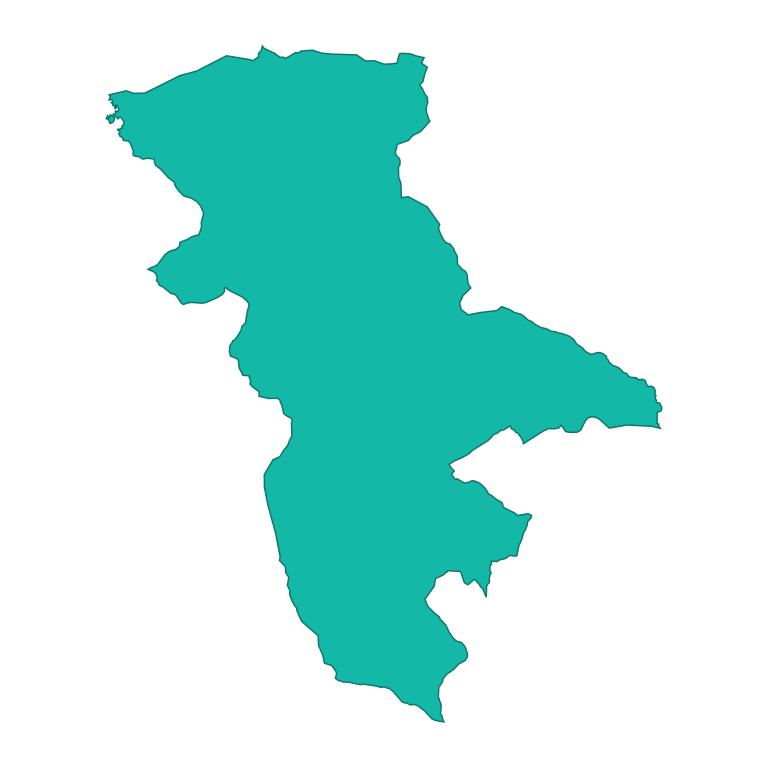 Awutu Senya, Central, Ghana
{"feature_id": "2480657B19246099956301", "entity_name": "Awutu Senya", "entity_type": "district", "adm_level": 2, "iso_a3": "GHA", "parent_name": "Ghana", "parent_adm1": "Central", "projection": "orthographic", "projection_center": [-0.532, 5.62], "detail": "fine", "context": "isolated", "style": "filled", "palette": "teal", "viewbox_px": 768, "rotation_deg": 0, "n_neighbors": 0, "source": "geoboundaries", "source_scale": "gbopen_adm2", "svg_char_len": 6082}
<svg xmlns="http://www.w3.org/2000/svg" viewBox="0 0 768 768"><path d="M424.1,57.7L415.6,55.8L410.2,53.8L401.7,53.3L399.6,53.9L398.2,57.9L397.2,62.9L393.0,63.8L383.9,64.2L374.5,60.8L365.6,61.0L356.7,54.9L331.6,54.1L321.2,53.1L312.5,50.2L300.8,51.1L299.2,52.7L295.6,52.6L286.0,58.3L282.5,57.1L280.9,57.6L276.5,55.0L275.4,53.7L264.3,48.5L262.4,46.1L261.1,50.6L258.4,53.7L258.7,56.7L253.1,60.7L249.5,59.6L226.5,55.8L196.6,71.1L180.2,75.5L144.9,93.1L133.6,93.4L126.4,90.8L109.1,94.9L110.4,96.5L109.1,100.0L112.1,99.4L112.4,102.1L111.4,102.8L112.8,103.2L112.9,105.5L114.8,106.3L114.9,108.4L115.5,108.6L116.3,107.7L115.8,105.0L116.7,105.2L118.6,108.2L118.8,109.5L117.7,112.0L115.8,110.9L115.4,111.2L115.4,113.7L114.7,114.2L113.3,114.0L113.1,116.6L110.9,114.9L109.9,115.5L109.6,117.3L109.0,117.7L107.8,115.6L106.2,118.6L108.5,119.6L109.9,123.3L110.8,123.3L111.2,122.7L112.9,122.4L114.4,119.7L114.4,117.9L115.8,116.3L117.0,116.7L117.5,118.7L118.1,118.7L119.7,117.3L121.4,117.5L122.5,119.9L124.0,121.2L123.7,124.6L122.0,126.0L122.3,128.2L120.5,128.4L119.7,129.5L117.8,129.2L117.5,129.9L119.8,131.4L119.9,132.7L118.8,133.6L120.0,136.3L122.5,137.4L123.4,140.4L128.4,141.0L130.3,143.1L133.3,150.7L133.2,155.2L135.5,156.3L138.9,156.6L142.3,158.9L143.9,159.0L146.6,158.2L154.2,159.0L154.5,162.3L155.7,165.4L160.4,168.9L168.5,177.8L174.2,182.0L174.9,184.9L176.4,187.8L179.2,191.4L184.0,196.1L191.3,198.1L197.1,201.8L200.5,205.9L203.7,213.3L201.2,222.8L201.6,226.8L199.0,234.7L191.9,236.7L188.1,239.2L179.9,242.3L179.6,245.6L178.7,247.2L175.1,249.8L170.9,250.7L168.0,252.3L164.9,254.8L158.0,264.0L155.8,265.9L151.6,267.3L148.1,269.4L152.8,271.3L155.5,273.1L157.3,277.4L156.5,280.9L158.3,282.3L159.2,285.2L162.9,286.9L170.9,293.4L175.0,294.4L177.4,297.1L181.4,303.3L183.4,304.4L187.5,303.0L191.4,302.4L202.5,303.2L206.5,302.3L218.2,297.1L222.4,294.3L224.4,291.5L224.7,287.8L226.1,287.5L227.2,289.1L230.7,291.2L242.4,297.0L246.9,301.0L248.9,303.7L248.9,306.2L247.3,311.4L245.5,323.0L241.9,326.4L241.0,330.6L236.5,337.7L234.0,340.5L232.8,340.7L232.1,342.6L230.0,345.4L229.4,351.6L230.6,356.1L237.0,358.6L238.2,359.9L239.3,368.2L243.0,375.3L248.7,375.7L250.8,381.8L249.9,383.9L252.5,386.9L258.7,391.3L259.2,392.8L259.0,396.3L268.9,398.5L277.2,398.2L279.9,399.9L280.4,402.3L281.7,404.8L283.8,413.7L286.9,416.0L291.0,418.1L292.3,420.0L291.5,423.1L291.9,436.2L289.9,439.6L287.6,445.5L283.2,451.0L279.8,456.7L273.0,459.8L264.3,474.6L264.4,486.9L267.7,504.2L275.7,533.4L280.2,557.0L279.4,560.4L285.3,566.5L285.8,572.8L288.8,577.3L287.4,585.3L289.9,590.8L289.7,594.1L290.7,597.7L293.7,604.2L296.6,608.0L297.0,610.8L301.0,620.1L302.4,622.0L318.1,635.7L318.6,645.8L322.7,654.7L324.5,663.2L332.3,665.7L332.7,667.0L335.6,670.7L336.7,673.6L335.4,678.1L338.5,680.6L340.5,680.8L343.0,682.0L349.7,682.3L360.4,684.7L362.6,684.0L377.1,686.2L380.5,687.3L384.9,686.9L386.9,688.1L389.1,688.2L393.2,691.6L402.2,701.9L405.1,703.0L407.0,703.0L409.8,704.8L414.4,704.5L418.1,705.9L424.7,711.1L432.2,719.1L436.1,720.6L443.9,721.9L442.6,719.0L442.2,716.4L440.5,713.8L441.2,706.0L440.5,702.7L439.2,700.1L439.2,698.7L438.3,697.3L438.8,687.1L442.2,682.4L443.2,678.5L447.0,674.0L453.8,669.2L458.8,664.0L465.2,660.4L467.3,657.0L467.5,653.9L465.3,647.2L461.5,642.5L456.2,641.0L452.5,637.4L448.8,631.5L445.9,625.2L440.3,619.4L439.1,616.7L434.6,613.2L427.8,606.5L425.0,599.1L434.2,586.2L435.6,578.0L437.6,577.7L443.7,574.7L445.3,572.8L447.0,572.0L447.8,570.7L448.6,570.7L460.1,571.4L461.2,572.9L464.1,582.0L465.2,583.3L468.1,584.7L474.2,579.4L475.5,580.2L479.7,585.0L480.5,586.8L482.5,588.3L486.3,597.2L486.6,586.1L487.9,583.9L489.5,582.4L489.2,578.5L489.9,575.1L491.2,573.0L489.9,570.7L489.9,566.6L491.5,563.7L491.4,561.1L497.1,561.6L498.9,560.1L505.4,558.5L509.8,555.4L515.3,556.1L516.8,555.8L518.9,545.6L521.4,540.3L523.6,532.6L525.8,529.1L526.1,527.4L527.1,525.7L527.6,521.8L531.1,517.7L531.6,515.4L528.2,513.7L517.6,515.5L514.8,513.1L505.5,508.5L503.2,507.0L502.2,502.8L495.6,498.9L490.9,495.0L488.5,494.1L487.7,492.0L484.5,487.6L480.2,483.6L476.7,481.8L473.3,480.7L471.5,480.9L469.8,481.9L464.6,483.2L457.1,478.8L455.3,479.6L451.5,474.4L454.2,471.0L451.3,468.1L449.0,464.3L455.2,460.5L461.5,457.9L469.0,453.7L472.5,450.3L487.8,440.7L491.4,437.4L492.5,435.5L495.6,433.6L497.1,433.4L500.8,430.3L503.9,429.9L510.2,425.7L511.4,428.8L513.9,429.9L516.0,432.4L518.0,433.2L521.8,438.7L523.2,441.6L523.4,443.7L543.0,431.2L548.6,428.6L555.0,428.7L558.6,428.0L561.3,425.3L565.8,431.6L570.2,432.4L577.0,432.2L580.6,430.3L585.6,420.3L588.4,417.6L591.8,416.8L595.8,417.2L599.3,419.1L609.3,428.1L626.8,425.0L652.0,426.3L660.2,428.3L658.7,426.1L658.7,424.1L657.1,423.5L657.2,412.3L660.8,411.1L661.8,409.1L661.7,407.5L659.9,403.2L657.1,402.6L656.1,401.7L656.3,400.1L655.1,398.3L655.9,395.5L654.8,393.3L655.3,391.3L654.5,388.7L653.3,387.1L651.2,386.2L648.3,386.5L647.3,386.1L645.2,380.5L642.2,379.1L641.3,379.7L638.7,379.8L636.4,377.8L635.5,378.2L635.2,377.6L631.2,377.4L628.8,376.5L626.7,373.6L623.1,372.4L622.5,371.2L619.2,368.2L616.0,366.5L613.4,365.9L609.3,362.4L608.1,359.9L607.0,359.4L606.2,356.1L602.8,353.6L599.9,352.6L597.3,352.6L591.7,354.4L588.6,353.3L584.6,350.7L583.4,348.8L580.1,346.2L577.2,344.5L574.8,341.4L574.3,340.0L569.6,336.4L561.6,333.3L560.1,333.5L554.9,331.6L551.7,331.4L545.9,328.6L540.9,327.6L535.2,324.5L531.7,321.5L528.0,320.1L523.5,315.9L521.2,314.4L514.0,312.3L510.1,309.8L501.6,306.6L496.9,310.6L480.3,312.5L468.2,314.9L461.1,309.5L459.6,302.9L463.1,295.5L470.8,287.9L468.5,284.5L467.7,281.5L467.3,275.6L466.4,273.0L465.1,271.1L462.7,269.8L457.6,264.4L457.2,256.2L454.5,251.3L453.8,248.7L450.0,244.1L445.7,242.5L443.6,239.8L440.5,233.9L438.5,228.6L439.6,224.4L427.3,207.0L408.3,196.7L401.4,197.7L400.9,183.3L398.7,177.5L398.4,167.3L400.0,164.4L400.0,160.5L399.3,158.5L396.5,155.8L395.5,153.5L395.5,151.1L396.7,147.7L396.8,145.4L397.2,144.4L408.4,140.4L412.9,135.4L420.6,131.6L429.9,121.1L428.9,119.7L426.3,111.8L426.4,106.7L427.7,102.7L427.4,97.5L426.9,96.4L425.2,94.8L422.3,88.6L420.1,85.6L420.0,84.5L422.9,81.7L424.9,73.4L427.3,67.2L421.4,63.2L424.1,57.7Z" fill="#14b8a6" stroke="#0f766e" stroke-width="1.5"/></svg>